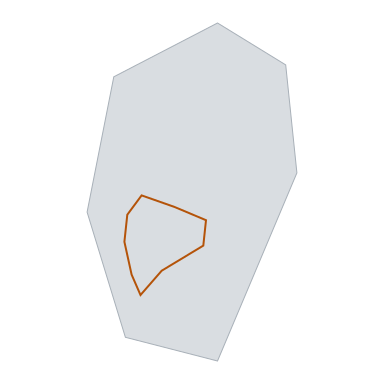 where Buada sits in Nauru
{"feature_id": "NRU-4970", "entity_name": "Buada", "entity_type": "state/province", "adm_level": 1, "iso_a3": "NRU", "parent_name": "Nauru", "parent_adm1": "", "projection": "equal_earth", "projection_center": [166.925, -0.53], "detail": "fine", "context": "in_parent", "style": "outline", "palette": "amber", "viewbox_px": 384, "rotation_deg": 0, "n_neighbors": 0, "source": "natural_earth", "source_scale": "10m", "svg_char_len": 401}
<svg xmlns="http://www.w3.org/2000/svg" viewBox="0 0 384 384"><path d="M296.9,172.9L217.5,361.0L125.4,337.3L87.1,212.1L113.8,76.8L217.5,23.0L285.7,64.9L296.9,172.9Z" fill="#d9dde1" stroke="#a8b0b8" stroke-width="1"/><path d="M206.0,220.2L203.3,245.6L161.7,270.7L140.5,295.0L131.6,274.6L124.4,241.8L127.3,214.7L141.6,195.4L174.6,207.0L206.0,220.2Z" fill="none" stroke="#b45309" stroke-width="2"/></svg>